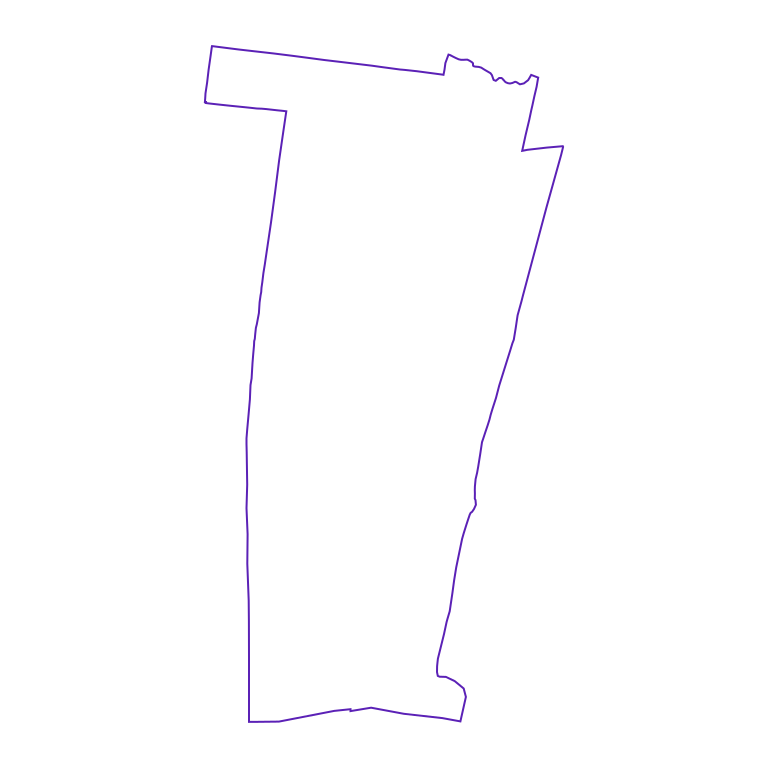 outline of Catane, Dolj, Romania
{"feature_id": "2599482B93473843734179", "entity_name": "Catane", "entity_type": "district", "adm_level": 2, "iso_a3": "ROU", "parent_name": "Romania", "parent_adm1": "Dolj", "projection": "robinson", "projection_center": [23.421, 43.905], "detail": "fine", "context": "isolated", "style": "outline", "palette": "violet", "viewbox_px": 768, "rotation_deg": 0, "n_neighbors": 0, "source": "geoboundaries", "source_scale": "gbopen_adm2", "svg_char_len": 2586}
<svg xmlns="http://www.w3.org/2000/svg" viewBox="0 0 768 768"><path d="M562.8,146.2L546.7,147.6L527.5,149.8L522.2,150.8L525.6,135.1L529.3,119.6L531.3,110.1L532.3,105.8L534.4,96.1L536.6,86.8L537.7,80.3L538.2,77.6L535.3,76.5L531.2,74.9L529.5,77.9L528.1,80.2L526.1,81.7L523.9,83.4L522.2,83.8L519.9,84.3L519.3,83.9L518.4,83.4L517.3,82.6L515.8,81.9L514.8,81.9L513.5,82.5L512.3,83.0L510.0,83.5L508.0,83.2L506.0,82.4L504.7,81.4L504.1,80.5L503.1,79.6L502.5,78.7L501.4,78.0L499.2,78.0L495.8,80.8L493.7,80.0L493.6,79.9L491.9,75.1L490.5,73.2L484.5,69.7L483.7,69.2L481.2,67.6L478.7,66.9L475.1,66.6L473.7,66.2L473.1,65.7L473.0,64.7L473.0,63.3L471.8,62.1L469.5,60.7L467.5,59.7L465.5,59.7L463.5,59.8L461.0,59.8L458.7,59.3L455.8,58.0L454.0,57.1L453.0,56.6L452.2,56.2L451.7,55.9L451.4,55.7L451.1,55.7L450.7,55.4L450.2,55.1L448.5,54.6L445.4,63.0L444.5,69.7L443.5,74.8L442.4,74.6L416.7,71.2L404.6,69.9L399.9,69.5L382.0,67.1L372.0,65.7L342.8,62.2L324.2,60.0L304.6,57.4L292.4,55.8L273.1,53.4L248.4,50.6L238.8,49.5L233.2,48.8L215.9,46.6L212.0,46.1L211.9,46.4L210.5,56.5L209.3,64.9L208.6,69.8L207.1,82.7L205.5,93.3L205.2,98.4L204.9,102.0L205.9,102.0L205.7,103.0L208.6,103.4L217.5,104.4L227.8,105.5L235.7,106.3L243.7,107.1L250.5,107.8L256.8,108.5L261.8,108.7L266.5,109.1L277.2,110.3L283.2,110.9L286.3,111.3L283.2,132.3L279.1,160.6L275.1,192.2L271.0,222.5L266.1,255.6L264.8,264.5L263.4,273.1L262.3,282.2L261.5,287.7L261.2,292.1L260.6,295.1L259.6,302.3L258.9,313.1L256.8,324.3L255.9,327.8L255.2,334.3L254.8,338.9L254.2,341.1L254.0,345.5L253.2,354.4L252.5,363.1L251.6,378.4L250.5,385.1L249.9,399.4L248.6,414.2L247.2,429.6L246.5,438.4L246.5,444.0L246.7,452.1L247.2,484.7L246.5,508.2L247.6,534.2L247.3,563.7L248.7,600.5L248.9,621.3L249.0,657.6L249.0,684.3L249.0,721.9L252.4,721.9L278.9,721.6L334.2,710.9L350.5,709.2L350.5,711.1L371.1,707.7L403.9,713.8L442.4,718.1L460.4,721.4L465.9,696.9L463.7,688.5L454.7,681.1L445.9,676.9L439.6,676.7L437.8,675.9L437.0,672.1L437.1,666.3L437.4,663.2L437.9,658.7L444.0,634.1L445.4,627.6L446.6,622.0L447.4,619.1L449.7,611.3L452.4,593.1L454.1,580.5L456.2,567.5L462.1,538.9L463.7,533.3L466.4,524.7L468.2,519.2L469.8,514.5L470.7,512.8L472.1,511.8L474.0,509.0L475.9,504.8L475.5,500.1L474.8,498.7L474.9,493.4L474.8,490.2L474.9,486.5L475.6,479.1L477.1,472.8L478.2,466.7L480.2,454.2L482.0,442.2L483.2,438.7L485.5,431.7L487.7,425.2L489.5,419.5L490.7,414.7L492.3,409.4L496.0,397.9L499.2,385.6L505.4,365.8L510.2,350.5L512.4,343.3L513.8,339.7L515.7,328.1L517.6,315.3L521.5,301.2L522.9,295.7L546.5,207.3L561.1,155.0L563.1,146.9L562.8,146.2Z" fill="none" stroke="#5b21b6" stroke-width="2"/></svg>